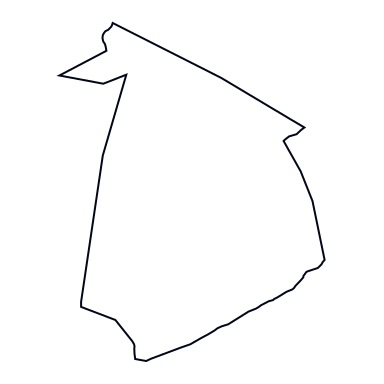 the district of San Juan del Estado, Oaxaca, Mexico
{"feature_id": "50627088B28332603563682", "entity_name": "San Juan del Estado", "entity_type": "district", "adm_level": 2, "iso_a3": "MEX", "parent_name": "Mexico", "parent_adm1": "Oaxaca", "projection": "robinson", "projection_center": [-96.772, 17.333], "detail": "fine", "context": "isolated", "style": "outline", "palette": "ink", "viewbox_px": 384, "rotation_deg": 0, "n_neighbors": 0, "source": "geoboundaries", "source_scale": "gbopen_adm2", "svg_char_len": 981}
<svg xmlns="http://www.w3.org/2000/svg" viewBox="0 0 384 384"><path d="M221.2,77.9L112.7,23.0L111.9,25.4L111.3,26.6L110.0,28.0L108.2,29.8L105.4,31.2L103.9,33.1L102.8,35.2L102.5,38.3L103.3,41.6L105.0,44.1L105.8,47.3L106.4,50.8L59.4,75.5L103.2,83.7L106.7,82.4L126.3,74.7L102.8,155.5L81.1,301.8L81.1,306.9L115.4,320.0L132.3,341.2L134.0,344.1L134.5,346.1L134.3,348.9L134.5,353.7L135.2,359.0L141.7,360.2L146.2,361.0L151.1,358.7L180.5,347.7L189.4,344.6L190.1,344.4L201.4,337.9L208.2,334.3L214.7,330.4L217.4,328.3L221.5,326.4L228.2,324.3L248.5,311.6L255.8,308.7L258.9,306.9L260.9,305.3L268.9,301.2L273.0,300.1L274.2,299.0L277.4,297.4L286.5,291.8L292.4,289.4L294.2,287.8L295.3,286.0L300.7,280.4L303.3,277.3L303.4,276.0L306.5,271.8L309.0,270.9L317.8,268.0L321.4,264.5L322.7,262.1L324.6,259.9L312.5,201.1L300.7,171.4L283.6,141.0L284.7,139.9L286.0,138.8L289.1,136.4L296.6,134.2L300.8,130.2L304.4,127.5L300.2,125.0L290.0,119.0L221.2,77.9Z" fill="none" stroke="#020617" stroke-width="2"/></svg>